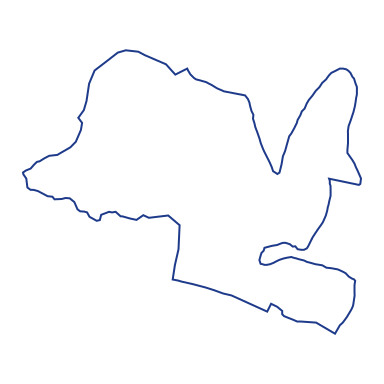 the district of Ogun Waterside, Ogun, Nigeria
{"feature_id": "59680162B53764009147535", "entity_name": "Ogun Waterside", "entity_type": "district", "adm_level": 2, "iso_a3": "NGA", "parent_name": "Nigeria", "parent_adm1": "Ogun", "projection": "albers", "projection_center": [4.463, 6.482], "detail": "fine", "context": "isolated", "style": "outline", "palette": "blue", "viewbox_px": 384, "rotation_deg": 0, "n_neighbors": 0, "source": "geoboundaries", "source_scale": "gbopen_adm2", "svg_char_len": 3289}
<svg xmlns="http://www.w3.org/2000/svg" viewBox="0 0 384 384"><path d="M360.3,183.9L361.0,178.5L359.5,175.0L357.6,170.7L355.9,167.2L354.5,163.6L352.4,160.1L347.4,153.0L347.4,151.2L347.4,150.2L348.0,143.1L348.0,138.8L348.0,134.6L347.9,131.0L348.6,126.1L350.7,120.4L352.1,116.1L352.8,114.0L353.4,112.2L353.5,111.8L354.2,109.0L354.9,106.2L355.6,101.9L356.2,97.6L356.8,94.9L356.9,94.1L356.9,89.8L356.9,89.6L356.9,87.0L355.5,83.4L354.0,78.5L352.6,77.1L351.5,75.0L350.4,72.8L348.3,70.7L346.2,69.3L343.0,68.6L339.8,68.6L335.6,70.8L331.3,72.9L329.2,75.1L327.1,77.9L326.1,79.4L322.2,82.9L319.4,87.2L316.2,90.4L315.8,90.8L312.3,95.8L308.8,100.0L306.7,103.6L304.6,108.6L301.8,111.4L300.6,114.6L300.1,115.7L297.6,120.0L296.9,122.8L294.1,128.5L291.3,133.5L289.2,136.3L287.8,141.3L286.4,146.3L285.8,148.5L285.0,151.3L282.9,156.3L282.2,160.5L281.6,164.1L280.2,169.8L279.5,172.6L277.4,174.0L273.1,171.2L271.7,167.0L269.5,162.0L266.6,156.3L263.8,150.7L262.3,147.1L261.1,144.0L260.9,143.6L259.5,138.6L257.3,132.3L255.2,126.8L255.2,126.6L254.4,123.1L253.0,118.8L253.4,114.8L251.5,111.0L250.1,106.0L249.4,102.5L247.9,99.0L245.1,95.4L237.8,94.0L223.8,91.3L222.4,90.6L217.4,88.5L213.9,86.4L211.7,85.0L208.9,83.6L206.1,82.1L199.0,80.1L196.1,79.4L194.0,78.0L190.4,74.4L188.3,70.9L187.2,68.6L175.3,74.6L166.0,64.3L144.9,55.2L138.3,51.7L125.8,50.3L117.8,52.6L107.9,60.3L94.6,70.5L89.1,83.7L86.5,101.1L83.8,110.2L78.3,117.8L82.1,122.9L80.9,130.0L75.8,141.8L70.4,147.3L59.0,153.9L57.4,154.9L49.2,155.8L44.4,158.3L39.6,161.3L36.9,161.9L34.1,164.6L30.6,168.6L26.1,170.4L23.0,172.5L23.4,174.4L24.4,175.8L26.3,178.6L27.4,187.5L30.5,189.8L33.6,189.9L37.8,191.0L47.6,196.2L52.4,196.7L54.5,199.3L61.6,199.0L65.6,198.0L69.7,198.3L74.3,202.0L77.5,209.3L80.1,211.3L84.3,211.6L87.1,212.4L89.5,216.8L96.7,220.8L99.8,220.1L101.2,214.8L109.1,211.8L111.8,212.4L112.2,212.4L115.6,211.8L120.6,216.3L122.6,216.4L129.6,218.4L136.5,219.9L143.3,215.2L148.9,217.8L168.2,215.5L179.6,225.2L178.5,249.3L174.9,265.1L172.7,279.5L178.3,280.6L181.6,281.6L192.3,284.0L205.6,287.5L214.1,290.2L223.2,293.5L231.4,295.4L267.2,311.6L271.1,303.8L277.2,306.8L279.1,308.4L282.2,310.9L282.2,314.2L284.0,316.1L288.4,317.9L293.0,319.7L297.1,321.5L300.4,321.5L316.1,322.6L335.0,333.7L339.9,325.2L342.7,322.7L344.8,319.9L346.9,317.0L349.0,313.5L351.1,310.0L352.5,307.1L353.2,305.0L354.6,295.7L354.5,291.5L354.5,287.9L354.5,285.1L355.2,280.8L353.9,279.3L352.0,278.6L348.8,276.6L347.5,275.2L345.6,273.2L342.7,271.6L337.8,269.4L331.3,268.2L326.4,267.7L322.3,265.3L315.4,264.2L310.5,262.8L306.9,261.9L304.1,260.5L298.4,259.1L296.3,258.4L293.4,257.7L291.3,257.0L287.0,257.7L283.5,258.5L279.3,259.9L276.4,261.3L273.6,262.8L270.1,264.2L266.5,264.9L264.7,264.9L262.8,264.3L260.6,263.8L259.4,260.0L260.8,255.0L261.5,252.9L263.6,250.8L264.5,247.8L272.1,245.8L277.1,245.0L280.6,243.6L282.7,242.9L285.5,242.8L289.8,244.2L292.8,246.6L295.3,246.3L297.6,249.2L301.2,249.8L304.0,249.8L305.4,249.1L306.8,248.4L308.2,246.3L310.3,242.0L311.7,239.1L311.8,239.1L312.4,237.7L315.2,233.4L318.0,229.2L319.0,227.8L321.6,224.2L323.0,222.0L325.8,215.6L327.2,210.7L327.8,207.1L328.5,205.0L329.2,201.4L329.9,198.6L330.6,195.7L330.6,192.2L330.6,189.3L330.5,185.8L329.8,183.7L329.8,180.8L329.1,178.7L346.4,182.3L358.9,184.9L360.3,183.9Z" fill="none" stroke="#1e3a8a" stroke-width="2"/></svg>